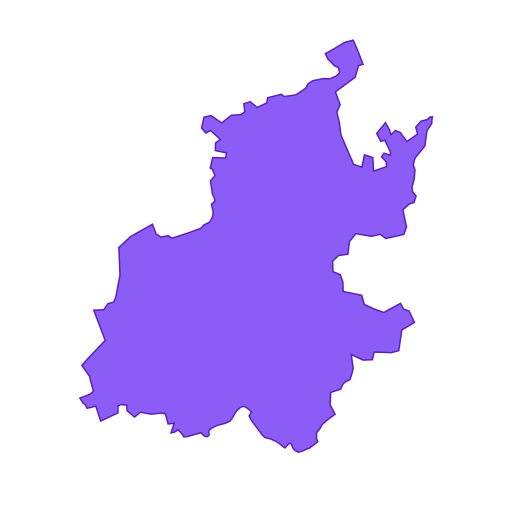 outline of Gauteng, rotated 352°
{"feature_id": "ZAF-1208", "entity_name": "Gauteng", "entity_type": "Province", "adm_level": 1, "iso_a3": "ZAF", "parent_name": "South Africa", "parent_adm1": "", "projection": "orthographic", "projection_center": [28.225, -26.009], "detail": "fine", "context": "isolated", "style": "filled", "palette": "violet", "viewbox_px": 512, "rotation_deg": 352, "n_neighbors": 0, "source": "natural_earth", "source_scale": "10m", "svg_char_len": 3083}
<svg xmlns="http://www.w3.org/2000/svg" viewBox="0 0 512 512"><g transform="rotate(352 256 256)"><path d="M147.2,419.3L151.7,410.3L145.6,410.1L144.3,399.7L140.6,398.4L130.1,398.0L119.7,394.6L113.3,398.6L106.8,391.2L107.3,385.8L101.4,384.3L98.4,385.3L97.4,392.2L79.2,397.8L76.5,382.4L67.5,383.3L66.0,379.0L64.3,377.8L61.8,372.2L72.3,369.8L76.2,367.3L75.0,358.0L74.3,351.6L68.3,340.1L74.1,335.1L94.9,318.6L87.8,287.1L97.8,288.0L102.6,282.7L108.7,281.8L111.7,276.5L118.7,255.8L121.4,228.5L134.7,219.2L151.4,212.7L157.9,210.1L160.1,220.2L164.4,224.0L171.9,223.6L175.4,226.7L191.1,223.9L205.3,220.9L208.4,218.2L215.0,215.9L218.8,210.6L219.7,206.1L219.4,202.0L219.0,199.4L219.5,198.3L219.7,197.9L221.0,197.4L222.8,195.9L223.0,194.3L222.4,191.4L221.5,188.8L221.3,175.3L226.5,170.7L224.9,163.9L222.9,162.6L226.8,152.5L239.5,154.7L241.2,149.8L230.4,145.9L231.7,138.4L236.9,135.5L228.4,125.4L223.5,127.3L219.9,121.8L223.8,111.3L231.0,110.7L240.5,119.5L251.2,113.2L260.7,113.9L265.0,111.6L265.2,103.5L271.8,102.4L277.7,109.0L287.9,106.0L289.6,100.9L303.7,99.4L305.9,102.0L317.8,102.0L328.4,96.9L331.7,92.5L336.8,90.3L347.3,89.7L353.8,90.8L360.5,88.9L362.9,87.2L364.0,86.2L364.4,85.4L364.2,84.5L363.9,80.9L360.1,78.5L356.4,73.2L354.7,71.3L352.8,65.3L356.6,63.9L373.7,56.8L382.4,55.8L385.8,68.7L388.7,81.1L384.1,81.7L379.1,92.8L357.5,104.5L360.4,117.9L356.1,124.8L357.1,135.9L357.0,148.0L360.9,162.4L365.4,178.7L373.2,182.9L377.5,170.9L385.3,174.8L384.3,188.2L397.7,185.7L398.0,180.8L394.1,175.2L397.1,172.0L402.9,174.9L403.6,171.7L399.7,159.2L395.5,159.9L392.6,151.4L402.8,142.0L405.7,149.5L406.6,154.7L411.5,151.1L416.1,153.8L421.3,163.6L433.0,157.8L432.1,150.6L438.3,145.4L444.2,144.8L447.8,142.5L450.2,142.9L449.4,144.6L448.4,149.4L442.7,155.8L438.5,170.6L427.2,181.1L424.4,187.3L425.4,192.7L423.4,201.7L420.1,209.5L420.0,214.3L422.9,218.8L419.9,225.0L414.9,225.9L407.9,230.7L409.1,248.1L405.5,255.2L386.9,256.7L382.1,251.8L373.0,252.5L358.0,247.8L350.6,254.7L347.2,267.0L337.8,267.0L331.2,271.7L330.0,282.2L336.8,286.1L338.4,293.9L337.4,303.3L355.2,309.6L356.5,319.0L364.9,324.5L374.6,329.7L392.5,323.0L394.8,329.2L399.9,331.8L403.7,343.8L390.1,349.6L384.2,369.6L376.6,370.5L359.6,367.6L356.8,374.9L347.6,374.0L336.6,366.9L336.6,380.5L335.1,384.8L332.0,391.1L331.0,391.9L329.3,392.3L326.1,393.5L323.9,395.5L321.3,399.7L311.0,401.4L308.7,413.7L312.3,423.7L303.0,428.7L297.9,432.3L295.1,436.1L291.4,439.5L290.5,445.2L291.4,448.5L281.8,453.9L279.6,454.0L275.9,455.4L270.5,456.2L268.0,454.3L267.2,453.6L266.3,452.2L265.8,451.2L264.6,446.5L262.3,446.4L258.1,450.1L256.9,449.2L255.5,447.8L252.9,444.8L249.0,441.7L245.1,439.3L239.5,437.0L237.0,433.6L228.8,418.7L226.9,413.4L228.7,411.0L229.8,409.9L228.2,407.6L224.6,404.1L222.4,403.1L220.0,403.6L215.7,406.3L212.8,409.4L210.2,413.0L207.1,416.0L202.6,417.3L193.4,418.5L188.8,420.0L185.4,422.0L184.6,423.7L184.8,425.4L184.6,427.0L182.7,428.1L180.5,427.7L178.9,426.1L177.7,424.2L176.6,423.4L162.4,425.3L159.4,425.1L158.8,423.5L156.5,419.7L153.9,416.9L152.7,418.2L150.8,419.1L147.2,419.3Z" fill="#8b5cf6" stroke="#5b21b6" stroke-width="1.5"/></g></svg>